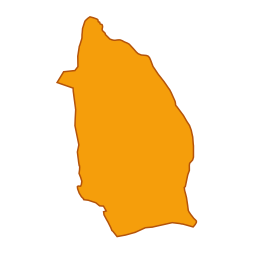 outline of Melhan, Al Hudaydah, Yemen, rotated 183°
{"feature_id": "15242507B19184333962868", "entity_name": "Melhan", "entity_type": "district", "adm_level": 2, "iso_a3": "YEM", "parent_name": "Yemen", "parent_adm1": "Al Hudaydah", "projection": "mercator", "projection_center": [43.334, 15.324], "detail": "fine", "context": "isolated", "style": "filled", "palette": "amber", "viewbox_px": 256, "rotation_deg": 183, "n_neighbors": 0, "source": "geoboundaries", "source_scale": "gbopen_adm2", "svg_char_len": 2280}
<svg xmlns="http://www.w3.org/2000/svg" viewBox="0 0 256 256"><g transform="rotate(183 128 128)"><path d="M81.7,153.8L81.9,155.1L82.2,156.4L82.7,157.7L86.7,165.5L88.4,168.4L90.2,170.6L90.7,171.3L92.4,173.5L94.4,176.1L100.6,183.2L103.0,186.4L106.3,190.8L109.0,197.0L110.2,199.3L111.1,200.3L111.8,200.9L113.6,201.4L118.6,201.6L121.7,202.7L123.6,204.2L126.5,207.2L131.1,211.7L133.0,212.7L136.1,213.8L138.4,214.9L139.3,215.2L140.7,215.6L143.0,215.4L145.5,214.9L147.0,214.9L148.6,215.2L150.8,215.9L155.4,220.1L155.6,220.9L156.1,221.8L157.2,222.7L158.6,223.9L158.8,224.6L159.0,225.2L159.0,225.7L158.8,226.3L158.7,227.3L158.7,228.3L158.9,228.9L159.2,229.7L159.5,230.0L160.1,230.1L160.5,230.2L161.1,230.4L161.4,230.8L161.6,231.1L161.7,231.6L161.7,232.0L162.0,232.3L162.3,232.3L162.8,232.3L163.1,232.5L163.4,233.0L163.5,233.6L163.7,234.3L164.0,234.7L164.6,235.1L165.7,235.5L168.4,236.3L171.8,237.0L174.0,235.3L176.3,232.9L176.6,232.2L176.9,231.4L178.6,224.9L178.7,220.7L178.8,219.0L178.7,215.2L180.3,208.8L180.9,207.0L181.9,197.0L181.2,186.7L184.0,182.6L195.2,180.8L201.2,169.7L189.1,166.2L185.0,165.0L184.9,165.0L184.6,161.9L182.1,148.4L181.6,145.8L181.5,145.0L181.2,143.7L181.2,134.8L181.2,134.5L181.1,128.5L181.1,127.6L176.2,108.6L176.6,105.9L176.8,104.6L177.3,101.4L176.3,95.7L176.2,95.2L176.1,94.8L175.5,91.3L174.8,88.0L174.5,88.0L174.2,86.4L174.2,83.6L174.5,80.1L172.7,76.2L171.3,72.4L171.6,69.2L172.3,67.4L174.8,67.4L175.5,66.7L175.1,64.6L173.3,60.4L170.9,56.9L168.6,54.9L168.6,54.2L168.4,54.1L163.9,53.8L160.3,52.8L156.3,51.7L152.3,48.8L148.4,48.7L145.4,44.0L148.0,43.1L147.4,40.0L144.6,35.4L143.1,33.1L140.1,27.8L138.7,24.8L137.7,24.1L133.2,19.0L124.8,21.0L115.3,24.2L105.5,29.3L102.9,29.7L98.5,30.3L96.8,30.8L80.0,35.5L78.9,35.8L71.4,35.3L68.9,34.9L68.5,35.0L62.6,33.7L57.8,32.6L56.9,33.7L55.9,35.1L54.8,37.2L54.8,37.8L54.8,38.6L55.6,39.5L57.7,41.3L59.4,43.3L60.9,45.0L62.7,47.4L63.5,48.9L64.2,52.7L64.4,53.9L65.9,61.3L66.0,61.7L67.1,65.3L68.2,68.6L68.3,69.3L68.7,71.6L67.7,72.5L66.0,83.6L65.8,84.6L64.5,88.9L64.8,94.0L64.6,96.0L61.8,99.5L61.1,102.3L61.7,113.6L62.1,116.0L62.9,122.4L64.2,127.1L64.7,129.0L66.7,133.7L69.5,137.5L73.4,143.5L75.0,145.4L80.7,152.3L81.0,152.5L81.4,152.9L81.6,153.3L81.6,153.5L81.7,153.8Z" fill="#f59e0b" stroke="#b45309" stroke-width="1.5"/></g></svg>